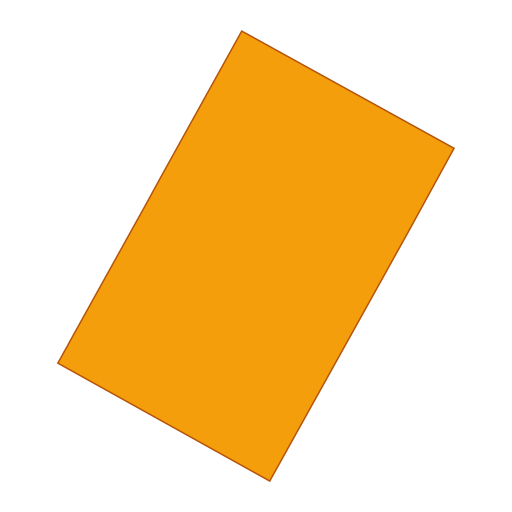 outline of Worth, Iowa, United States of America, rotated 299°
{"feature_id": "52423323B83558123373656", "entity_name": "Worth", "entity_type": "district", "adm_level": 2, "iso_a3": "USA", "parent_name": "United States of America", "parent_adm1": "Iowa", "projection": "robinson", "projection_center": [-93.275, 43.377], "detail": "fine", "context": "isolated", "style": "filled", "palette": "amber", "viewbox_px": 512, "rotation_deg": 299, "n_neighbors": 0, "source": "geoboundaries", "source_scale": "gbopen_adm2", "svg_char_len": 381}
<svg xmlns="http://www.w3.org/2000/svg" viewBox="0 0 512 512"><g transform="rotate(299 256 256)"><path d="M445.8,134.5L445.7,134.5L425.9,134.5L329.6,134.5L281.7,134.5L247.2,134.7L145.1,134.6L121.5,134.6L89.3,134.6L85.9,134.7L78.5,134.6L73.5,134.7L66.2,134.6L65.8,377.1L256.4,377.4L351.9,377.5L446.2,377.0L445.8,134.5Z" fill="#f59e0b" stroke="#b45309" stroke-width="1.5"/></g></svg>